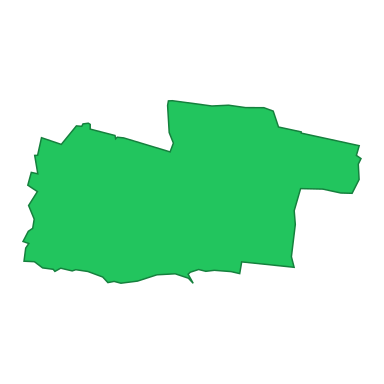 the district of Ballymun-Finglas Lea-6, Dublin, Ireland
{"feature_id": "5873133B16381399369592", "entity_name": "Ballymun-Finglas Lea-6", "entity_type": "district", "adm_level": 2, "iso_a3": "IRL", "parent_name": "Ireland", "parent_adm1": "Dublin", "projection": "equal_earth", "projection_center": [-6.294, 53.391], "detail": "fine", "context": "isolated", "style": "filled", "palette": "green", "viewbox_px": 384, "rotation_deg": 0, "n_neighbors": 0, "source": "geoboundaries", "source_scale": "gbopen_adm2", "svg_char_len": 1049}
<svg xmlns="http://www.w3.org/2000/svg" viewBox="0 0 384 384"><path d="M24.0,261.2L34.4,261.7L42.6,267.9L53.2,269.3L54.9,271.4L60.7,268.2L72.2,270.9L75.8,269.7L87.9,271.5L102.7,277.0L107.9,282.6L114.1,281.4L120.9,283.2L137.5,281.1L156.9,274.8L175.2,273.8L188.4,278.2L193.2,283.3L188.1,274.2L190.3,272.2L198.6,269.5L205.8,271.3L214.4,270.3L231.1,271.6L239.7,273.6L241.7,261.9L294.1,267.3L291.4,256.7L295.3,224.5L294.2,210.7L300.6,188.6L322.8,189.1L340.8,193.0L352.1,193.3L359.1,179.5L358.3,164.1L361.0,158.6L356.4,155.4L359.2,145.7L301.2,133.1L301.2,131.9L278.5,127.0L273.2,111.1L263.9,107.7L245.5,107.6L228.6,105.2L211.9,106.0L172.3,100.7L168.4,100.9L167.6,105.5L169.2,132.6L173.4,143.1L170.1,151.9L123.7,137.9L117.3,137.2L115.6,138.8L115.0,135.5L90.2,129.1L90.2,124.4L88.3,123.2L83.0,123.9L81.7,126.3L76.4,125.9L61.3,144.4L41.5,137.7L37.6,155.3L34.7,155.4L37.8,173.8L31.3,172.4L27.8,185.2L37.4,191.6L28.6,205.5L34.2,219.1L32.7,228.3L28.3,231.3L23.0,241.5L28.8,243.5L25.7,248.1L24.0,261.2Z" fill="#22c55e" stroke="#15803d" stroke-width="1.5"/></svg>